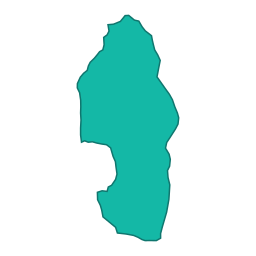 outline of Marituba, Pará, Brazil
{"feature_id": "56859067B82724745768816", "entity_name": "Marituba", "entity_type": "district", "adm_level": 2, "iso_a3": "BRA", "parent_name": "Brazil", "parent_adm1": "Pará", "projection": "equal_earth", "projection_center": [-48.323, -1.397], "detail": "fine", "context": "isolated", "style": "filled", "palette": "teal", "viewbox_px": 256, "rotation_deg": 0, "n_neighbors": 0, "source": "geoboundaries", "source_scale": "gbopen_adm2", "svg_char_len": 1200}
<svg xmlns="http://www.w3.org/2000/svg" viewBox="0 0 256 256"><path d="M160.6,238.2L160.6,233.5L162.3,227.0L166.6,212.2L167.6,206.7L168.9,199.2L169.8,184.9L168.0,177.4L167.5,170.5L169.6,166.2L170.3,159.3L169.1,154.2L165.5,148.2L166.7,142.5L170.0,137.5L175.5,128.9L178.0,124.1L178.7,117.8L177.4,113.0L174.8,106.8L172.4,99.7L169.3,94.2L165.1,88.4L157.0,76.9L158.4,69.5L160.2,60.4L157.7,54.9L154.7,49.9L153.3,44.4L152.3,40.1L151.5,35.7L145.3,30.9L142.1,26.8L138.8,21.1L134.4,20.1L128.7,15.4L125.1,15.6L120.4,21.4L113.5,24.2L108.0,24.7L109.0,31.1L107.1,34.9L103.7,37.4L104.1,44.8L102.8,49.9L99.6,51.7L97.2,54.8L94.3,58.3L90.2,62.3L88.4,65.9L87.2,70.4L83.6,73.3L80.3,77.2L77.4,83.6L77.3,87.9L79.6,92.7L80.7,100.3L80.8,107.1L80.6,113.0L81.0,120.0L80.6,128.0L80.6,135.0L81.5,142.2L84.7,140.8L88.2,142.2L92.5,141.8L96.6,143.0L101.7,144.0L106.5,144.7L110.6,147.8L113.1,156.4L115.4,161.6L116.0,166.9L117.0,174.1L115.6,179.4L111.6,185.3L108.3,187.0L107.1,191.4L102.1,190.8L97.4,192.3L97.6,199.7L100.3,205.2L101.7,210.0L103.0,216.9L115.6,227.3L117.4,233.0L126.1,234.0L133.6,235.4L138.1,237.3L141.9,239.5L145.1,240.6L149.0,240.5L156.3,240.6L160.6,238.2Z" fill="#14b8a6" stroke="#0f766e" stroke-width="1.5"/></svg>